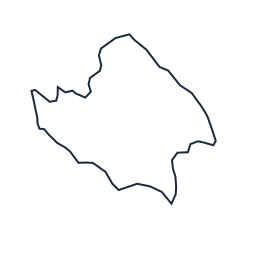 outline of Flen, Södermanland, Sweden, rotated 54°
{"feature_id": "70781695B18684833515036", "entity_name": "Flen", "entity_type": "district", "adm_level": 2, "iso_a3": "SWE", "parent_name": "Sweden", "parent_adm1": "Södermanland", "projection": "robinson", "projection_center": [16.701, 59.078], "detail": "fine", "context": "isolated", "style": "outline", "palette": "slate", "viewbox_px": 256, "rotation_deg": 54, "n_neighbors": 0, "source": "geoboundaries", "source_scale": "gbopen_adm2", "svg_char_len": 870}
<svg xmlns="http://www.w3.org/2000/svg" viewBox="0 0 256 256"><g transform="rotate(54 128 128)"><path d="M52.3,73.7L47.9,85.1L47.8,103.1L52.2,108.9L61.6,112.8L65.2,117.2L65.2,129.4L69.6,134.3L76.8,136.7L78.3,144.6L69.5,149.9L65.2,150.9L62.3,157.8L53.6,160.7L60.1,165.6L63.7,170.0L60.8,175.9L42.6,180.8L41.2,184.2L51.3,188.6L66.6,195.5L71.0,198.4L76.4,200.1L79.7,196.5L87.0,196.0L98.6,194.0L105.9,190.6L113.1,188.6L127.0,188.6L131.3,182.2L135.7,176.9L150.2,172.0L164.0,173.4L172.7,172.0L175.6,162.7L178.5,153.4L188.0,144.6L199.6,138.2L214.8,137.3L209.7,128.4L203.9,123.6L195.2,118.2L187.9,115.8L179.9,111.4L177.0,102.6L182.8,93.8L177.7,87.0L179.9,79.2L184.2,75.3L192.1,69.1L190.0,64.6L181.3,61.7L165.3,56.9L160.6,56.4L154.5,55.9L137.1,55.9L124.0,60.8L105.2,61.7L97.2,66.6L75.4,67.1L60.9,71.0L53.0,71.9L52.3,73.7Z" fill="none" stroke="#1e293b" stroke-width="2"/></g></svg>